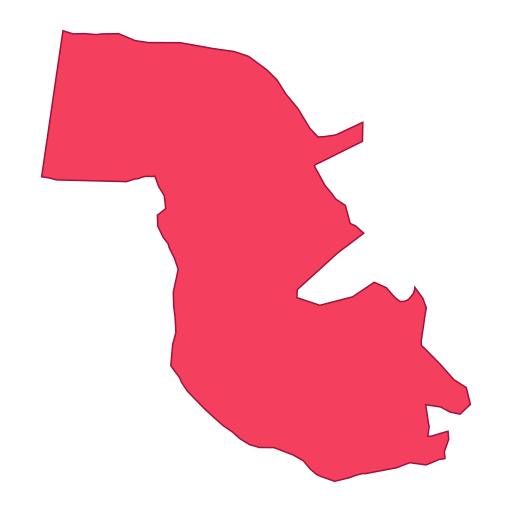 outline of Ohaji/Egbema, Imo, Nigeria
{"feature_id": "59680162B99262810585367", "entity_name": "Ohaji/Egbema", "entity_type": "district", "adm_level": 2, "iso_a3": "NGA", "parent_name": "Nigeria", "parent_adm1": "Imo", "projection": "mercator", "projection_center": [6.865, 5.422], "detail": "fine", "context": "isolated", "style": "filled", "palette": "rose", "viewbox_px": 512, "rotation_deg": 0, "n_neighbors": 0, "source": "geoboundaries", "source_scale": "gbopen_adm2", "svg_char_len": 2073}
<svg xmlns="http://www.w3.org/2000/svg" viewBox="0 0 512 512"><path d="M238.0,436.9L239.8,438.6L246.5,442.8L249.7,444.7L253.2,445.7L257.1,446.8L259.6,447.5L273.9,447.6L293.2,455.0L303.3,460.8L307.7,466.0L310.4,469.2L316.6,474.5L321.0,476.5L324.4,477.7L327.9,478.9L334.7,481.3L349.8,477.6L353.8,476.1L356.5,475.1L359.8,474.3L362.3,473.6L363.0,473.6L364.8,473.7L368.5,473.1L373.0,472.2L378.6,471.2L379.8,470.9L383.2,470.3L387.3,469.5L390.5,468.9L393.3,468.4L396.5,467.8L400.2,466.4L402.6,465.4L405.3,464.4L409.8,462.7L413.9,463.3L417.2,463.7L419.6,464.0L422.1,464.4L426.1,464.9L430.8,463.0L433.4,461.9L439.3,459.4L442.1,459.0L445.0,458.6L444.4,451.6L448.7,439.4L448.0,431.2L430.6,436.3L427.8,436.2L429.2,426.5L428.5,423.7L425.7,404.7L440.7,407.0L449.9,412.0L460.0,414.2L470.4,404.4L466.3,387.6L453.9,379.7L441.1,365.2L424.3,348.1L421.4,345.5L421.2,341.4L424.9,316.0L426.3,307.9L422.8,298.3L414.9,287.4L414.8,289.0L413.3,293.7L408.4,299.6L404.6,301.3L400.1,301.5L397.0,299.2L393.6,296.0L391.2,293.3L386.3,287.7L374.2,282.3L352.7,296.8L319.8,305.3L296.9,297.6L297.3,289.6L337.5,253.1L363.7,233.2L355.6,226.0L350.2,223.4L345.4,205.5L335.7,199.0L331.0,192.6L326.4,187.1L324.5,184.6L314.4,166.0L315.5,164.4L319.1,162.9L362.5,141.3L362.8,122.3L335.6,135.0L324.6,136.6L318.0,137.0L309.7,128.1L298.0,108.7L286.0,94.2L277.0,79.9L267.0,70.0L248.6,56.4L234.1,51.5L213.2,48.6L180.1,42.7L148.5,42.6L135.0,40.6L118.7,33.7L101.9,33.9L96.5,34.6L84.3,33.6L73.0,33.9L63.0,30.7L55.9,78.9L55.2,83.8L47.3,138.1L41.6,176.8L48.6,177.8L56.7,179.9L122.3,181.5L126.3,181.7L131.0,180.2L133.9,179.2L138.8,178.5L142.0,177.2L145.9,176.3L149.5,176.4L151.9,176.5L154.8,176.1L158.8,186.8L164.3,195.7L165.7,208.6L157.4,215.2L157.8,226.1L159.7,230.1L163.3,237.6L168.0,243.5L169.3,248.0L174.3,257.9L178.2,269.3L176.1,279.2L173.3,292.1L173.7,305.9L173.7,306.0L175.1,317.4L175.9,332.5L172.7,344.3L170.8,365.8L177.0,374.2L179.5,377.5L181.6,382.4L187.3,391.0L190.8,394.7L194.8,398.8L204.4,408.7L212.1,415.8L213.5,417.1L223.6,426.0L232.2,431.8L238.0,436.9Z" fill="#f43f5e" stroke="#9f1239" stroke-width="1.5"/></svg>